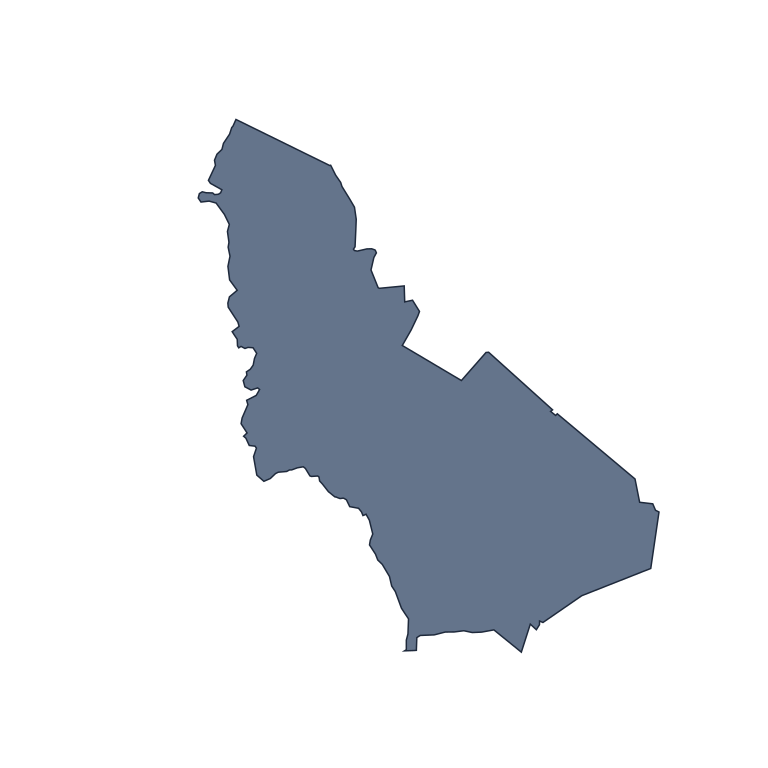 Harare Rural, Harare, Zimbabwe (Robinson projection), rotated 56°
{"feature_id": "62879985B75244512710705", "entity_name": "Harare Rural", "entity_type": "district", "adm_level": 2, "iso_a3": "ZWE", "parent_name": "Zimbabwe", "parent_adm1": "Harare", "projection": "robinson", "projection_center": [31.007, -17.946], "detail": "fine", "context": "isolated", "style": "filled", "palette": "slate", "viewbox_px": 768, "rotation_deg": 56, "n_neighbors": 0, "source": "geoboundaries", "source_scale": "gbopen_adm2", "svg_char_len": 2443}
<svg xmlns="http://www.w3.org/2000/svg" viewBox="0 0 768 768"><g transform="rotate(56 384 384)"><path d="M481.3,475.0L481.8,472.8L481.9,471.7L488.7,472.3L502.1,477.2L505.7,482.6L509.3,486.0L514.2,486.1L520.3,486.2L526.4,487.6L532.6,486.3L546.6,487.1L555.8,490.6L562.5,490.7L579.6,494.9L586.3,495.0L592.4,495.0L604.6,503.9L608.8,508.7L616.8,514.1L616.7,516.2L621.7,508.2L622.9,506.1L612.6,498.6L612.7,494.6L620.1,482.6L623.9,471.9L628.8,464.5L633.2,455.8L639.4,449.8L644.3,441.8L649.3,430.4L683.1,420.1L664.9,397.0L672.9,395.1L670.5,389.7L667.5,387.6L670.6,385.6L670.1,338.4L684.1,274.9L685.4,269.3L686.1,266.0L643.9,227.6L640.5,229.5L633.6,228.2L625.0,238.2L603.1,229.0L505.6,257.0L506.0,259.3L499.9,261.2L499.7,258.7L416.2,279.5L414.9,281.8L424.4,317.9L362.3,347.3L354.4,331.3L346.4,317.7L343.7,314.0L330.5,313.5L329.3,316.5L327.5,320.9L314.0,312.4L302.1,334.3L300.9,335.0L282.2,331.0L273.5,321.7L271.4,317.7L271.1,317.0L268.7,316.5L267.8,316.5L265.0,318.6L262.4,322.7L258.9,331.8L256.8,333.9L255.1,333.9L254.1,331.3L240.1,320.9L231.9,314.9L220.9,309.6L211.6,309.0L196.7,308.4L192.7,307.2L183.8,307.3L173.9,306.0L172.8,305.9L172.4,306.9L81.9,358.8L85.7,364.9L86.3,366.9L90.5,372.3L94.7,382.5L98.9,387.2L99.9,393.0L100.1,394.0L103.7,399.4L108.5,401.5L117.0,415.7L120.6,415.7L132.3,409.8L134.1,412.5L134.1,415.2L132.2,418.6L129.8,419.2L126.0,424.5L123.0,427.2L122.9,430.6L125.9,434.0L128.4,434.0L130.8,434.0L134.6,426.7L140.1,422.0L154.2,421.5L165.2,423.0L170.0,428.5L179.8,433.3L183.4,436.7L191.9,440.2L199.2,447.6L211.4,453.8L224.2,453.3L225.3,463.4L229.6,468.2L233.2,470.2L238.1,470.3L244.2,470.4L250.9,470.5L255.2,471.9L255.7,480.6L260.0,480.7L264.9,480.7L270.4,484.1L272.8,484.2L272.9,481.5L276.8,479.4L277.6,476.3L280.7,472.3L287.4,472.4L290.4,477.1L295.2,481.9L297.0,486.6L297.0,491.3L300.0,492.7L302.4,498.8L308.5,500.9L314.7,497.6L316.6,490.9L319.0,490.2L322.0,496.3L320.7,507.0L325.0,508.4L332.8,520.6L337.0,524.7L348.0,524.9L348.8,529.6L351.7,528.8L359.6,530.1L363.4,525.7L365.8,525.6L371.3,532.8L388.4,540.4L397.5,538.0L398.8,531.1L397.6,524.0L398.0,521.0L402.1,513.6L402.4,510.4L403.6,508.6L405.0,502.8L407.5,497.2L410.1,496.4L418.8,496.8L420.1,495.8L423.2,490.4L424.8,489.9L428.4,491.6L432.3,491.0L442.2,490.3L449.0,488.2L450.4,487.7L450.7,487.0L452.2,486.1L454.4,484.5L455.1,483.1L455.7,481.8L456.3,481.2L459.0,479.9L466.5,481.0L472.8,474.6L477.4,474.2L481.3,475.0Z" fill="#64748b" stroke="#1e293b" stroke-width="1.5"/></g></svg>